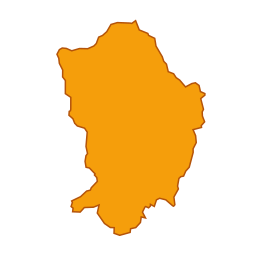 the district of Makedonski Brod, Brod, North Macedonia, rotated 4°
{"feature_id": "65306769B48467279151544", "entity_name": "Makedonski Brod", "entity_type": "district", "adm_level": 2, "iso_a3": "MKD", "parent_name": "North Macedonia", "parent_adm1": "Brod", "projection": "equal_earth", "projection_center": [21.207, 41.644], "detail": "fine", "context": "isolated", "style": "filled", "palette": "amber", "viewbox_px": 256, "rotation_deg": 4, "n_neighbors": 0, "source": "geoboundaries", "source_scale": "gbopen_adm2", "svg_char_len": 1530}
<svg xmlns="http://www.w3.org/2000/svg" viewBox="0 0 256 256"><g transform="rotate(4 128 128)"><path d="M202.4,89.9L202.3,88.3L197.7,86.6L195.9,80.6L192.1,78.2L188.6,79.2L182.5,83.0L176.2,76.6L172.5,74.4L169.7,70.7L164.2,69.0L161.9,61.6L159.0,59.0L157.2,54.5L150.2,44.3L148.4,36.7L142.1,34.2L141.2,32.3L132.4,29.4L128.1,20.4L124.5,23.4L122.7,23.2L110.0,23.6L103.8,25.9L100.1,33.4L96.1,37.5L92.4,39.4L90.5,45.9L88.2,48.6L82.3,51.7L74.1,52.1L66.5,54.9L60.9,52.9L56.8,52.8L54.1,54.6L52.0,59.4L54.1,63.3L55.0,68.3L58.8,74.7L59.2,81.6L62.2,85.0L63.1,98.1L68.8,101.4L69.6,113.2L69.4,114.8L68.2,115.5L68.2,119.4L72.4,122.6L74.5,127.0L77.3,129.5L84.7,131.2L87.6,135.0L87.4,149.4L89.4,156.3L88.0,158.6L87.5,164.3L88.9,170.1L92.3,170.6L98.4,176.1L97.8,177.2L100.3,179.6L101.1,183.4L95.5,190.2L94.8,192.6L91.1,193.8L85.5,199.8L76.9,204.7L77.7,206.2L76.7,210.3L78.8,211.8L78.6,215.4L86.2,215.2L90.0,210.4L99.1,209.4L104.5,206.8L103.3,215.0L111.2,224.9L117.3,228.5L121.2,228.4L121.4,234.0L127.2,235.6L137.4,232.0L137.6,228.3L142.7,226.8L147.0,221.4L147.4,215.8L151.7,216.5L148.3,210.9L150.3,205.9L151.1,205.1L154.1,206.2L155.8,204.3L155.7,202.6L159.7,204.4L161.4,197.7L164.4,195.9L170.7,197.0L178.0,202.5L179.0,202.8L180.1,201.3L178.6,193.7L182.5,185.3L181.5,182.5L182.3,174.8L184.0,172.9L186.8,172.1L188.6,167.0L191.8,162.9L194.7,147.8L194.4,144.2L197.1,137.8L196.0,131.0L193.0,125.1L201.3,122.3L200.9,120.5L204.0,116.5L201.4,110.9L200.9,106.8L202.0,104.1L198.5,93.6L202.4,89.9Z" fill="#f59e0b" stroke="#b45309" stroke-width="1.5"/></g></svg>